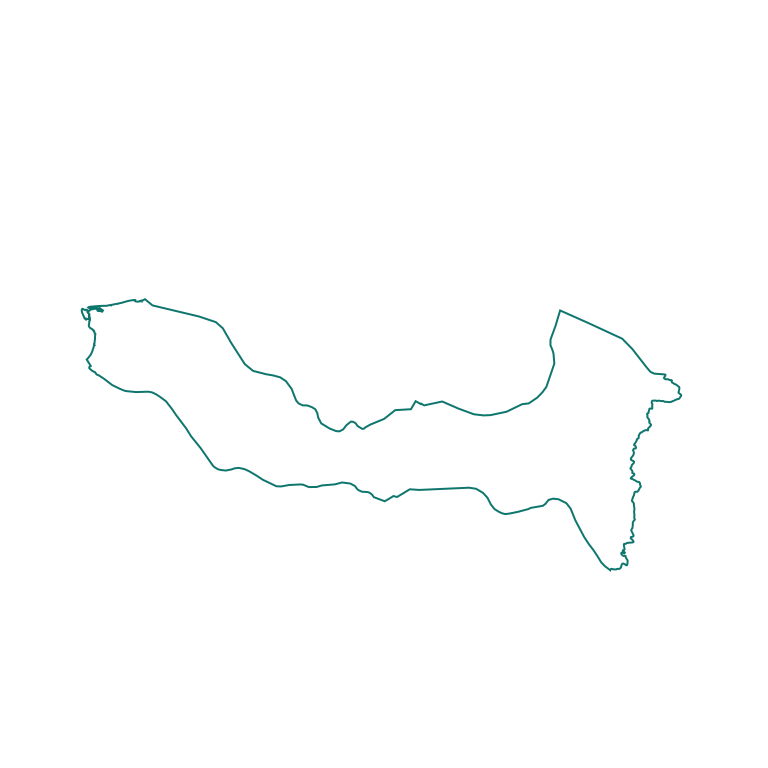 the district of Katingan, Kalimantan Tengah, Indonesia, rotated 119°
{"feature_id": "22746128B40819362853427", "entity_name": "Katingan", "entity_type": "district", "adm_level": 2, "iso_a3": "IDN", "parent_name": "Indonesia", "parent_adm1": "Kalimantan Tengah", "projection": "robinson", "projection_center": [113.294, -1.875], "detail": "fine", "context": "isolated", "style": "outline", "palette": "teal", "viewbox_px": 768, "rotation_deg": 119, "n_neighbors": 0, "source": "geoboundaries", "source_scale": "gbopen_adm2", "svg_char_len": 6055}
<svg xmlns="http://www.w3.org/2000/svg" viewBox="0 0 768 768"><g transform="rotate(119 384 384)"><path d="M437.2,95.8L436.8,95.9L435.6,95.7L435.3,95.2L434.8,93.3L433.6,91.1L432.6,90.4L431.8,88.8L430.9,88.1L429.5,87.9L427.1,88.4L426.0,88.5L425.4,88.2L425.0,87.6L424.9,86.8L424.9,85.6L425.1,84.8L425.0,84.2L424.7,83.7L424.3,83.6L421.2,84.8L420.4,85.3L419.8,86.1L418.7,88.2L417.4,89.3L417.6,90.3L418.1,90.8L418.3,92.2L417.8,93.6L417.3,94.3L416.7,94.5L415.9,94.1L415.6,91.9L415.5,91.6L415.1,91.6L414.7,91.6L414.5,92.0L414.1,94.2L413.6,94.4L412.6,93.5L412.0,93.4L408.6,96.1L408.1,96.4L407.4,96.4L406.7,95.2L405.1,94.3L402.0,89.7L401.4,89.3L400.9,89.3L399.8,91.2L399.7,92.1L399.3,93.4L398.1,93.7L396.9,92.4L395.9,92.1L395.3,92.4L392.3,96.7L391.4,97.0L389.7,96.9L387.1,97.8L384.6,99.2L383.3,99.3L381.1,98.9L380.6,99.1L379.8,100.2L378.5,100.9L377.9,101.0L374.6,103.3L371.6,104.5L370.4,105.4L369.6,106.2L367.5,107.5L366.6,108.8L366.3,110.0L365.9,110.6L362.0,111.4L360.2,111.4L357.5,112.3L356.9,112.3L356.3,111.8L355.6,110.4L354.3,109.8L350.7,109.9L349.4,109.6L349.1,109.7L347.9,111.2L346.5,112.3L346.2,112.8L346.1,113.5L346.8,115.6L346.6,117.3L346.7,120.6L347.0,121.6L346.9,122.3L346.0,122.5L342.6,121.1L341.7,121.2L341.2,121.8L341.4,123.3L341.3,123.8L340.2,124.2L339.4,125.1L338.6,127.2L338.2,127.6L336.6,127.4L335.1,127.9L334.6,127.9L332.4,127.3L331.4,127.4L330.7,127.7L330.5,128.7L330.6,130.9L330.2,131.6L329.3,132.0L325.6,131.5L323.8,131.7L322.4,132.5L321.3,134.0L320.4,134.2L319.4,134.0L318.3,132.7L317.9,132.6L317.1,133.1L316.3,134.0L316.1,135.7L315.3,135.9L313.8,135.6L312.3,135.6L311.0,135.5L309.8,136.0L307.9,135.1L305.4,136.2L303.0,136.2L301.6,135.6L301.1,135.0L300.0,134.6L298.5,133.7L297.3,132.5L296.6,130.7L296.1,130.7L295.4,131.3L294.1,131.4L292.8,130.8L290.7,130.5L290.0,130.9L289.4,132.8L288.6,133.7L287.8,133.7L286.5,135.1L286.1,135.8L285.7,137.2L285.0,137.8L284.1,138.1L282.6,139.4L282.1,139.4L281.4,138.7L276.9,139.8L276.4,139.3L275.6,137.6L274.8,137.7L273.5,138.7L271.6,139.4L271.2,140.2L270.5,140.9L269.0,141.3L268.2,140.8L266.6,138.0L266.6,137.2L266.2,136.5L265.4,135.8L264.4,132.9L263.9,132.3L263.5,131.3L263.5,130.0L262.6,128.2L261.4,125.3L260.7,124.5L258.1,122.4L255.7,120.7L254.1,119.0L253.5,118.7L250.3,118.4L249.6,118.7L249.3,119.6L249.0,121.7L248.5,122.4L246.2,122.9L244.1,123.8L243.5,124.5L242.9,128.3L243.2,130.4L243.0,131.3L243.0,132.9L242.6,133.5L241.4,133.9L241.3,134.4L242.1,136.3L242.1,137.8L243.3,139.9L243.4,140.5L243.1,142.0L242.0,142.1L240.5,142.0L238.7,142.6L239.3,142.6L243.9,152.6L244.2,156.8L242.0,162.7L233.0,183.8L228.9,197.6L231.6,234.7L234.3,265.6L250.3,262.1L264.4,259.9L269.3,257.3L272.5,253.3L275.1,250.6L283.6,244.9L307.8,240.6L314.3,241.4L321.5,243.3L330.8,248.0L334.7,253.4L348.9,263.4L359.6,275.8L363.2,281.7L366.9,290.7L369.4,306.9L371.1,324.6L383.2,338.5L383.2,342.1L383.7,342.2L383.7,348.0L393.0,348.2L401.4,361.5L414.5,367.0L426.0,376.2L431.0,379.3L432.8,379.9L433.8,381.3L433.6,386.7L432.1,389.8L432.0,392.5L432.9,394.7L438.2,396.9L443.5,397.7L447.0,400.0L448.4,403.0L449.3,409.9L448.9,419.8L445.2,425.4L441.8,428.2L439.4,431.8L439.2,436.1L440.0,440.8L442.1,444.7L442.4,449.4L440.9,453.0L433.0,462.5L429.0,471.3L428.5,478.0L430.3,485.3L432.6,491.8L436.0,504.8L434.1,515.4L422.0,537.8L413.4,552.0L411.4,561.1L414.7,578.7L427.5,624.6L425.7,634.2L427.7,635.4L427.9,635.7L428.7,636.3L428.9,636.2L428.8,636.6L429.2,636.7L429.2,637.0L429.8,637.2L430.0,637.6L430.0,637.9L430.8,638.4L432.0,640.7L432.2,642.1L431.9,642.6L431.4,642.6L432.1,643.9L435.0,647.6L437.9,650.6L439.9,652.5L442.6,655.6L443.0,655.7L443.4,656.6L447.1,660.9L447.3,660.9L447.2,661.1L450.5,665.1L451.4,666.9L454.1,671.3L458.7,678.2L459.6,679.3L460.5,679.8L460.7,679.3L459.7,677.7L459.5,677.2L457.3,673.7L456.7,671.5L455.7,669.5L455.4,669.5L455.7,668.9L455.6,668.3L455.9,665.5L457.3,665.5L457.8,667.5L458.7,669.3L458.8,669.9L457.6,671.7L458.2,673.2L461.5,677.0L462.1,677.2L462.4,677.1L464.1,677.9L464.4,677.9L464.8,677.7L465.7,675.6L467.4,674.6L469.5,672.7L470.8,672.1L472.6,672.0L473.6,671.3L475.3,670.9L476.2,670.3L477.0,669.4L477.4,668.3L477.6,667.3L477.4,666.8L477.6,665.7L477.5,665.4L478.0,664.6L477.9,664.2L478.2,664.1L478.3,663.4L478.5,663.5L479.0,662.5L480.0,661.5L480.0,661.0L480.1,660.8L480.5,660.9L480.6,660.6L483.1,659.5L484.3,658.8L485.0,658.5L485.4,658.3L486.5,658.0L486.7,657.8L489.4,656.7L489.5,656.9L489.9,656.6L490.3,656.6L490.7,656.4L490.7,656.1L491.1,656.3L492.1,655.9L495.2,655.4L496.4,655.0L500.3,654.7L504.6,655.3L506.7,655.9L510.4,649.2L511.9,650.0L512.9,649.6L513.0,649.2L513.3,648.7L514.0,645.4L513.8,642.4L515.0,640.0L514.7,637.7L515.2,631.2L516.7,621.2L516.3,613.2L515.7,607.9L515.1,605.8L511.3,597.0L505.0,586.4L503.8,582.9L503.5,578.6L503.8,573.9L504.8,566.3L508.9,556.8L511.9,550.9L518.7,535.6L523.3,527.3L529.0,513.2L538.3,494.2L538.9,492.0L539.1,488.0L538.4,485.3L536.4,480.4L532.6,475.9L530.1,473.7L527.7,470.2L526.0,464.4L525.7,459.4L525.9,451.3L526.5,443.5L525.6,428.5L523.4,424.2L518.4,418.1L512.3,408.3L511.3,406.0L510.6,399.8L506.8,393.1L502.8,389.1L495.6,378.3L490.5,373.0L487.4,365.2L487.3,360.0L488.8,356.7L489.2,355.0L488.9,351.1L486.4,345.8L486.1,343.9L486.5,340.8L487.9,338.1L486.2,326.5L481.7,323.8L477.4,321.4L476.5,317.8L463.6,310.4L459.5,301.7L433.5,259.4L431.0,252.7L431.2,244.7L433.3,238.4L437.5,232.2L439.8,226.8L440.1,221.8L439.8,217.9L439.0,214.9L436.7,211.7L430.9,204.9L423.4,197.1L421.3,195.7L413.5,186.0L410.6,184.7L405.6,183.9L402.3,180.5L400.2,175.5L399.8,166.8L402.5,160.4L410.5,150.5L420.8,134.7L424.7,127.3L427.9,120.0L431.0,114.0L434.7,107.5L436.2,102.6L437.2,95.8ZM471.4,676.4L470.7,674.0L470.2,673.3L468.3,674.7L465.8,676.0L465.0,678.1L464.1,678.8L463.3,679.1L463.2,679.9L463.5,680.6L464.0,681.3L464.0,680.5L464.3,681.2L464.2,682.1L464.4,682.6L464.3,683.7L464.5,684.3L465.1,684.4L466.0,684.2L467.8,682.8L471.8,677.6L472.0,676.6L471.7,676.8L471.3,676.6L470.9,677.4L471.4,676.4ZM458.6,669.5L457.2,667.5L456.8,667.3L456.6,667.9L456.4,669.1L456.5,669.7L457.5,671.1L458.3,670.3L458.2,669.6L458.4,669.9L458.6,669.8L458.6,669.5Z" fill="none" stroke="#0f766e" stroke-width="2"/></g></svg>